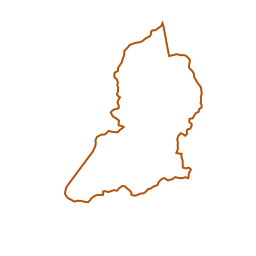 Terra Nova, Pernambuco, Brazil (Albers equal-area conic projection), rotated 330°
{"feature_id": "56859067B57028644617206", "entity_name": "Terra Nova", "entity_type": "district", "adm_level": 2, "iso_a3": "BRA", "parent_name": "Brazil", "parent_adm1": "Pernambuco", "projection": "albers", "projection_center": [-39.396, -8.152], "detail": "fine", "context": "isolated", "style": "outline", "palette": "amber", "viewbox_px": 256, "rotation_deg": 330, "n_neighbors": 0, "source": "geoboundaries", "source_scale": "gbopen_adm2", "svg_char_len": 2448}
<svg xmlns="http://www.w3.org/2000/svg" viewBox="0 0 256 256"><g transform="rotate(330 128 128)"><path d="M197.4,149.2L199.1,147.2L201.7,147.1L203.3,144.8L203.3,142.8L205.6,139.9L206.7,137.3L209.0,135.2L210.3,132.1L211.5,129.4L211.2,126.9L210.9,124.3L210.7,122.3L210.8,119.8L210.9,116.6L212.2,113.7L212.1,110.4L211.3,108.1L211.2,106.1L212.6,103.7L214.1,102.1L215.6,100.1L215.3,97.7L214.5,94.9L212.9,92.7L210.8,91.9L208.8,90.1L206.7,88.1L204.5,87.8L202.0,86.9L199.6,86.4L200.4,83.7L201.9,79.5L203.7,74.3L208.7,60.2L209.6,57.4L210.2,54.5L208.1,56.1L205.4,56.6L202.9,56.7L200.6,57.1L198.7,55.9L196.5,55.8L195.0,58.1L193.0,59.5L190.8,59.3L187.6,59.3L184.1,59.9L181.1,59.6L178.1,58.4L175.3,57.6L173.2,57.3L170.8,56.9L168.7,57.9L165.9,58.7L163.3,59.4L161.2,62.9L158.2,65.3L155.3,68.1L152.6,69.4L149.7,70.8L147.8,73.5L144.1,73.5L142.5,75.3L141.6,77.1L142.6,80.1L142.3,83.0L140.2,85.4L139.8,87.7L137.9,90.9L135.2,93.4L135.5,95.7L136.4,97.4L133.9,98.8L131.6,100.7L131.2,103.9L130.0,106.0L128.0,105.9L125.8,105.1L123.3,105.0L121.0,105.9L120.6,108.2L120.8,110.7L122.4,113.4L123.9,117.1L122.4,119.1L121.2,120.9L123.2,122.7L124.7,125.0L122.7,125.4L119.9,125.6L117.2,126.6L115.3,125.5L113.4,124.2L111.8,122.9L109.8,120.9L107.0,121.6L104.7,122.0L101.5,120.4L96.6,120.2L93.7,122.3L92.4,125.3L90.4,127.5L88.1,129.2L85.9,130.7L64.1,140.1L60.6,141.6L58.4,142.6L46.3,147.8L44.4,149.0L42.4,151.1L40.7,153.2L40.4,155.2L40.9,158.8L42.9,161.7L44.6,164.8L47.9,165.8L50.8,167.5L52.7,169.4L54.5,171.0L56.2,172.3L58.5,171.8L61.3,170.5L65.3,170.2L68.1,170.7L70.6,172.2L73.0,173.4L74.8,170.5L77.2,171.7L78.8,173.6L82.0,174.2L84.8,174.8L87.0,176.8L90.5,175.6L94.1,175.4L96.1,177.0L96.8,179.4L98.1,182.8L98.7,185.5L97.6,187.4L98.8,189.1L100.6,190.2L102.7,190.7L105.7,190.9L109.0,192.4L112.7,191.8L114.9,190.9L117.0,191.8L120.2,191.4L122.4,191.7L125.1,192.1L127.6,190.1L131.5,189.1L134.5,189.5L135.4,191.5L136.4,193.4L138.6,193.9L141.2,194.5L144.4,194.2L147.1,196.8L150.0,198.7L153.0,199.3L155.0,201.5L156.5,200.0L157.6,198.2L159.4,196.9L161.7,195.3L160.8,192.7L157.9,191.9L155.7,189.6L157.3,186.7L159.0,183.6L159.5,181.1L160.2,178.8L161.5,177.2L159.3,175.6L157.4,173.8L159.5,172.1L161.3,170.4L161.9,168.4L163.9,165.7L164.8,162.6L167.8,159.9L171.1,158.9L172.7,161.2L173.8,163.4L176.1,162.6L177.1,160.3L179.0,158.9L181.2,159.9L183.5,158.5L185.1,156.7L184.1,153.4L185.7,150.9L188.9,151.9L191.2,150.6L193.9,149.1L197.4,149.2Z" fill="none" stroke="#b45309" stroke-width="2"/></g></svg>